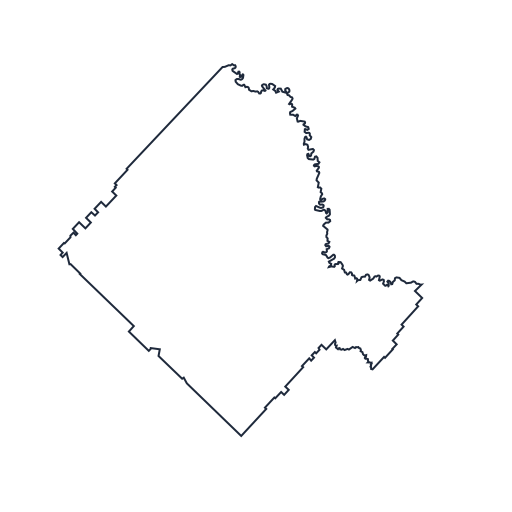 the district of Berrigan, New South Wales, Australia, rotated 215°
{"feature_id": "25037944B79892386490083", "entity_name": "Berrigan", "entity_type": "district", "adm_level": 2, "iso_a3": "AUS", "parent_name": "Australia", "parent_adm1": "New South Wales", "projection": "equal_earth", "projection_center": [145.601, -35.752], "detail": "fine", "context": "isolated", "style": "outline", "palette": "slate", "viewbox_px": 512, "rotation_deg": 215, "n_neighbors": 0, "source": "geoboundaries", "source_scale": "gbopen_adm2", "svg_char_len": 6146}
<svg xmlns="http://www.w3.org/2000/svg" viewBox="0 0 512 512"><g transform="rotate(215 256 256)"><path d="M164.9,100.1L159.9,136.6L161.7,136.9L159.8,150.6L158.6,150.5L157.4,159.0L153.3,158.4L152.4,165.1L157.1,165.8L153.6,192.0L155.2,192.2L153.7,202.7L150.8,201.9L150.2,206.0L153.4,206.6L152.7,211.1L150.9,210.8L150.2,215.7L152.0,216.5L151.4,220.8L144.9,219.8L143.1,232.3L141.1,230.7L141.0,229.7L140.3,228.6L139.0,228.2L138.5,228.7L138.0,226.9L135.4,226.7L135.4,227.7L134.7,228.5L133.5,227.8L132.1,228.4L131.4,229.8L129.5,229.8L127.7,232.4L126.2,232.7L124.7,236.9L122.1,237.4L121.8,238.8L120.9,239.1L120.0,240.1L118.7,239.7L117.5,240.1L116.1,239.1L115.7,238.0L113.7,238.3L112.1,237.0L110.9,236.7L109.7,237.0L108.9,238.0L108.2,236.7L108.6,235.4L108.3,234.8L107.4,234.6L106.6,235.3L105.1,235.7L104.2,234.3L103.1,234.0L103.3,233.0L101.3,234.3L100.5,234.2L100.1,234.9L99.5,234.3L99.6,232.8L98.9,232.3L98.7,231.0L98.0,231.0L96.9,229.5L95.5,230.0L93.2,246.8L91.9,246.6L90.4,258.0L91.0,258.1L90.1,264.3L95.4,265.2L94.4,273.2L95.8,273.5L94.6,282.8L97.4,283.3L94.3,307.8L96.9,308.2L95.8,316.9L105.7,318.5L104.0,327.5L104.7,326.9L107.0,326.4L108.6,325.3L110.9,326.0L112.3,325.6L112.9,325.0L113.7,323.1L117.2,319.9L119.6,320.3L123.0,319.6L125.9,320.4L128.7,319.0L129.4,317.5L128.4,315.6L129.0,313.3L128.3,311.1L129.0,310.4L131.1,311.9L132.7,312.0L133.6,311.6L133.7,310.4L131.6,309.6L130.2,307.7L130.3,307.2L131.3,307.8L132.2,307.5L132.7,306.0L133.3,305.7L136.0,306.2L136.7,308.7L137.8,309.7L139.0,309.3L140.4,306.8L141.4,306.7L142.7,309.9L143.1,310.4L144.0,310.5L144.8,310.0L145.6,308.2L146.6,307.9L147.1,307.1L147.0,304.7L148.4,301.3L149.7,301.3L150.4,303.3L151.4,304.2L153.1,305.1L154.2,304.8L155.1,303.7L154.9,301.6L156.3,300.6L157.4,299.2L156.8,296.2L158.6,294.7L158.9,293.4L159.6,295.0L160.1,295.4L161.0,295.4L161.8,294.4L163.8,296.1L164.6,296.3L165.7,295.5L166.5,295.5L167.2,296.6L168.6,297.2L169.8,296.5L169.9,294.1L170.4,293.2L171.1,293.2L172.7,294.1L173.8,293.5L175.9,295.2L178.3,295.1L179.1,297.7L180.3,298.5L183.2,299.5L185.0,298.4L184.8,297.6L184.4,297.6L184.6,298.3L184.1,297.6L184.2,296.4L186.4,294.9L186.5,293.8L185.6,292.8L185.7,292.0L188.3,290.7L190.0,288.7L190.1,289.3L189.2,291.2L189.9,292.7L192.0,292.5L193.1,293.2L190.5,298.7L190.6,300.3L191.6,301.5L192.7,301.8L193.4,301.4L194.5,297.2L195.5,295.7L196.4,295.7L199.2,296.9L202.5,295.7L203.4,296.1L203.8,297.1L203.5,297.9L201.3,298.5L200.6,299.6L200.6,300.5L202.0,302.1L200.7,304.1L201.0,305.7L201.8,306.0L202.6,305.8L204.1,304.2L205.4,304.6L205.7,305.3L205.5,306.0L203.8,307.9L204.0,309.6L206.2,309.4L207.4,311.5L209.2,311.9L210.1,313.2L210.4,315.1L211.5,316.3L212.1,318.1L212.6,318.7L218.3,319.2L218.6,320.5L217.9,323.4L215.8,324.9L215.2,327.1L216.1,328.0L217.1,327.9L218.7,326.9L220.7,327.3L220.7,328.3L219.3,331.1L219.4,332.6L222.2,336.1L223.4,336.4L224.3,335.7L222.4,333.0L222.5,331.4L223.2,331.4L225.1,332.9L226.4,333.0L227.1,332.7L228.2,330.5L229.5,329.5L233.9,327.7L234.6,328.1L235.7,330.0L235.5,331.4L231.0,332.3L229.7,333.2L228.9,334.5L229.3,335.9L230.0,336.4L231.3,336.2L232.9,334.8L234.4,335.1L235.4,336.3L235.3,337.1L234.1,337.6L231.9,339.5L231.5,340.8L231.6,341.8L232.0,342.3L233.1,342.3L234.0,341.3L235.0,339.2L236.1,339.4L237.1,342.1L237.2,344.6L237.9,345.2L239.7,345.4L241.1,348.6L242.8,348.9L244.0,347.9L244.8,347.8L246.7,352.1L249.8,352.7L250.5,354.1L251.8,360.4L252.7,361.0L254.6,360.3L255.2,360.7L255.1,364.2L255.5,365.0L256.5,365.2L258.3,364.3L259.3,363.1L260.4,363.2L260.6,363.8L260.3,364.9L257.7,367.3L257.8,369.1L260.0,369.3L261.9,371.7L263.7,372.2L264.6,371.2L263.9,368.9L264.4,367.8L268.3,365.7L269.8,365.9L272.0,367.9L272.3,369.0L271.7,369.7L269.5,368.4L268.6,369.0L268.6,370.1L269.5,371.7L268.8,374.4L269.3,376.0L270.8,376.3L273.9,373.1L275.2,373.7L276.0,375.4L277.7,376.6L279.4,376.2L280.6,374.7L281.2,375.3L281.8,377.4L283.5,379.8L284.0,381.6L283.6,382.4L282.9,382.3L281.0,380.9L279.1,381.5L278.3,383.3L278.9,385.1L281.2,385.7L282.0,387.0L282.8,387.4L283.5,387.2L285.4,385.5L287.4,385.6L288.7,387.9L288.3,388.3L286.3,388.7L285.7,390.3L287.2,391.5L289.8,390.6L292.4,390.7L292.6,391.0L292.0,392.7L292.5,393.7L293.2,394.0L297.2,392.1L298.5,390.2L299.0,390.0L301.5,392.2L302.1,395.1L303.0,395.6L303.7,395.2L304.1,393.2L306.6,393.0L309.0,391.4L310.2,392.6L310.5,393.7L309.3,395.6L308.3,399.3L309.3,399.7L312.1,399.0L313.2,400.8L313.8,401.1L314.6,400.9L315.6,399.5L316.1,399.5L316.1,405.0L316.4,406.0L317.4,406.6L319.0,406.1L321.0,406.6L322.5,406.0L323.6,406.7L323.8,407.1L323.0,409.8L323.7,411.0L324.6,411.6L325.6,411.9L326.8,411.5L327.8,409.7L327.2,408.5L325.3,407.8L325.2,406.9L328.6,405.7L331.7,407.3L333.5,406.1L333.9,405.5L333.7,404.3L331.6,403.8L333.2,401.3L334.9,402.3L337.4,402.3L337.2,404.8L337.8,406.2L341.3,406.2L342.8,405.5L343.5,404.8L343.6,403.8L341.8,401.8L341.4,400.8L341.6,400.2L343.3,399.6L344.8,401.3L346.2,402.0L348.1,401.2L348.9,399.9L348.9,399.0L348.3,398.5L343.2,396.9L343.4,396.3L345.2,395.8L346.1,394.9L346.1,393.7L345.5,392.3L345.6,391.7L346.6,391.0L348.4,391.7L349.4,391.6L350.7,390.4L352.9,389.6L354.2,388.3L357.1,388.2L358.2,389.4L359.1,389.8L360.5,389.4L361.5,388.2L363.8,389.5L364.5,389.0L364.9,387.5L366.0,386.9L369.4,386.3L372.6,387.1L373.7,388.3L373.3,389.8L372.2,390.8L369.5,391.7L368.8,393.0L368.8,394.4L370.1,397.0L370.6,397.3L371.1,397.1L371.0,394.2L371.7,393.4L372.1,393.5L372.9,395.2L373.9,395.6L374.8,397.1L375.4,397.4L376.1,396.9L375.6,394.8L376.0,394.2L381.3,394.2L382.3,395.0L382.5,396.0L381.1,397.7L380.9,398.7L381.4,399.7L382.5,400.3L383.6,399.5L385.6,399.5L386.2,397.5L387.8,396.6L390.0,393.1L391.8,391.6L412.0,253.2L410.7,252.9L413.3,234.5L410.9,234.1L411.3,231.7L410.1,231.5L410.8,226.3L405.1,225.4L407.3,210.4L413.9,211.5L415.3,202.1L410.4,201.2L411.1,196.8L416.0,197.4L417.1,189.8L410.5,188.7L411.6,180.8L420.3,182.2L421.6,173.1L415.2,171.8L415.5,169.7L418.9,170.4L419.7,166.2L418.7,164.9L419.9,156.6L420.8,156.5L421.9,148.9L416.3,147.9L416.7,144.7L413.8,144.2L412.9,149.9L404.1,142.2L403.2,143.0L389.9,140.8L390.0,140.2L315.9,128.5L316.8,121.2L289.4,116.8L289.0,119.4L289.4,120.2L281.3,124.4L278.5,118.2L246.1,113.1L245.4,114.9L239.6,112.0L164.9,100.1Z" fill="none" stroke="#1e293b" stroke-width="2"/></g></svg>